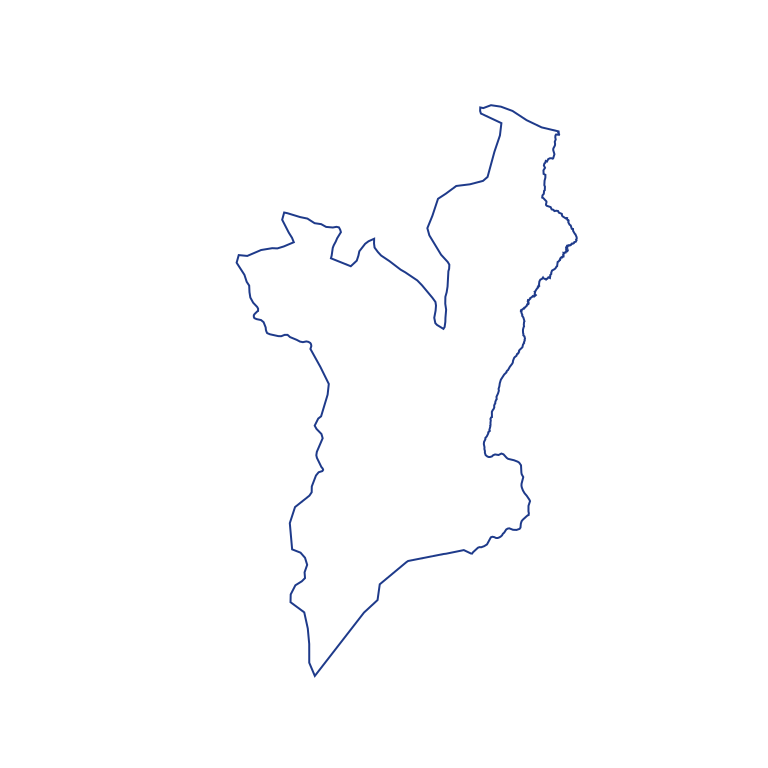 Baboua, Nana-Mambéré, Central African Republic, rotated 197°
{"feature_id": "33826404B17315710707848", "entity_name": "Baboua", "entity_type": "district", "adm_level": 2, "iso_a3": "CAF", "parent_name": "Central African Republic", "parent_adm1": "Nana-Mambéré", "projection": "natural_earth1", "projection_center": [14.687, 5.816], "detail": "fine", "context": "isolated", "style": "outline", "palette": "blue", "viewbox_px": 768, "rotation_deg": 197, "n_neighbors": 0, "source": "geoboundaries", "source_scale": "gbopen_adm2", "svg_char_len": 6164}
<svg xmlns="http://www.w3.org/2000/svg" viewBox="0 0 768 768"><g transform="rotate(197 384 384)"><path d="M372.8,676.6L371.9,673.2L370.4,671.0L348.0,667.8L345.8,655.6L346.3,638.5L345.5,612.3L348.7,607.2L360.2,600.1L372.8,594.5L380.5,584.1L386.5,576.9L386.9,559.0L388.1,545.7L384.1,539.4L367.2,524.3L358.7,519.3L356.4,517.2L355.4,513.2L355.4,510.7L351.7,495.7L350.9,490.0L350.8,485.3L348.9,478.7L346.3,473.2L344.6,465.3L343.5,461.3L342.7,456.2L343.3,454.1L350.6,456.0L352.7,457.2L355.3,462.0L356.1,469.2L357.2,474.2L358.8,477.5L362.9,480.6L376.5,489.5L382.5,492.8L396.3,497.0L401.5,498.2L414.7,503.1L424.3,506.0L428.4,508.4L432.9,511.7L434.6,515.4L435.9,520.0L440.5,516.0L443.0,512.6L446.4,503.7L446.0,499.4L446.1,494.0L450.2,486.9L471.5,488.7L471.6,491.5L472.8,499.2L472.6,502.0L471.8,506.0L471.4,509.7L469.6,516.6L471.0,518.7L472.9,520.6L475.4,520.4L478.7,518.7L485.3,517.3L490.8,518.5L497.4,517.5L505.6,519.8L513.1,519.1L526.2,519.1L529.6,518.8L529.4,511.3L519.3,500.9L514.7,496.9L511.7,493.2L520.1,486.2L525.6,482.5L530.6,481.2L540.7,476.2L552.2,466.5L560.6,464.8L560.4,456.9L549.4,447.6L545.2,441.6L541.7,438.7L539.5,432.5L537.1,427.6L532.9,423.5L527.8,420.6L526.4,419.2L525.8,417.0L526.4,416.4L528.2,413.1L528.6,411.7L528.1,410.1L527.2,409.1L524.8,408.8L520.3,409.2L517.2,407.9L513.7,403.5L512.8,401.3L511.8,399.8L510.6,398.5L507.6,398.2L498.9,398.9L496.2,399.7L493.3,402.0L490.6,402.8L487.6,401.4L480.4,400.7L476.7,400.0L473.8,400.3L470.7,402.0L468.6,402.2L466.5,401.7L465.4,400.7L464.6,399.1L464.6,396.0L449.8,381.7L436.8,367.9L434.8,357.3L434.7,334.7L436.8,331.7L438.1,323.9L435.4,321.3L429.2,317.9L426.8,314.2L428.4,299.5L427.9,296.1L426.6,293.8L419.7,286.4L417.9,285.2L417.1,284.1L417.5,282.7L420.7,280.5L422.3,276.6L423.1,264.9L421.5,259.3L422.7,255.4L433.1,240.3L433.4,223.4L423.5,199.0L414.5,198.3L408.7,194.7L404.6,188.6L404.9,180.7L402.8,175.3L404.9,171.3L409.9,165.6L411.7,155.5L409.6,148.0L393.5,142.3L385.4,127.9L379.5,113.5L374.0,95.6L364.8,84.6L336.3,159.6L327.0,175.5L329.5,191.2L310.5,220.2L309.2,221.8L277.2,238.9L275.1,239.8L259.1,248.5L250.4,247.2L250.4,246.9L249.7,249.1L246.3,254.9L245.0,255.9L243.3,256.3L240.8,258.2L238.6,260.7L237.0,268.6L235.7,269.6L233.8,269.8L231.9,269.5L230.2,270.0L228.9,271.0L227.8,272.2L226.9,273.7L226.5,275.6L225.6,277.0L224.6,280.6L223.4,281.9L222.0,282.6L218.0,282.3L214.6,283.2L212.0,285.1L211.5,286.6L212.3,290.4L212.3,293.0L211.6,294.8L209.1,299.0L208.2,300.4L207.4,300.9L207.7,302.8L208.6,304.4L210.2,309.7L210.1,314.7L211.2,315.9L214.9,318.9L217.6,320.6L220.0,322.8L222.0,325.4L222.8,326.9L223.3,328.8L223.6,335.7L225.9,337.9L226.7,339.4L229.2,346.3L231.7,348.3L233.4,348.8L237.4,349.1L243.4,348.7L245.0,349.2L249.2,351.7L251.4,351.8L253.7,349.6L257.2,349.1L258.8,347.8L259.6,346.3L261.3,345.2L262.6,344.8L264.0,344.9L266.0,345.7L267.4,347.7L267.9,349.4L269.0,351.2L269.4,352.9L271.0,355.8L271.4,357.9L270.9,360.8L271.3,362.0L270.4,363.9L269.9,366.9L269.9,367.9L270.2,368.3L269.1,370.1L269.8,370.8L269.9,374.5L270.3,375.1L270.1,375.9L270.8,377.8L271.3,380.6L272.0,381.6L271.8,383.3L271.1,383.9L272.7,388.9L272.4,390.8L271.9,392.0L271.7,393.8L272.3,395.5L272.3,396.3L272.3,397.0L271.9,397.8L272.3,399.3L272.2,401.4L271.8,402.3L272.7,404.7L272.2,408.3L272.2,411.2L273.0,412.8L273.0,415.5L273.5,418.6L273.5,422.3L271.8,428.3L270.3,430.9L270.5,431.6L270.1,432.8L269.5,433.5L268.7,437.2L267.3,441.0L267.1,442.2L267.4,443.9L267.2,446.9L266.9,447.8L265.6,449.7L265.5,451.6L264.8,452.1L264.5,452.7L264.7,453.1L264.2,454.3L264.6,455.0L264.4,456.0L262.4,459.6L262.6,462.4L262.0,464.2L262.4,464.7L262.1,466.7L262.5,467.2L262.4,468.5L263.6,470.6L265.0,471.3L265.3,472.6L265.9,473.4L266.7,475.6L267.0,476.7L267.1,479.3L266.9,480.0L267.6,481.4L268.2,484.3L268.0,485.0L270.2,488.4L271.8,489.6L271.9,490.5L273.4,492.3L273.8,493.9L274.4,493.7L274.6,494.5L274.3,495.1L273.7,495.3L272.7,496.9L272.2,497.0L272.2,497.9L271.3,498.5L271.2,499.3L270.3,500.6L270.4,501.9L269.3,502.5L269.3,503.6L270.0,503.7L270.1,505.1L270.7,505.2L270.8,506.4L269.9,506.5L269.5,507.8L269.1,508.2L269.3,508.9L268.1,510.2L267.4,511.6L266.1,511.4L265.8,511.9L266.0,512.6L265.2,512.7L264.8,513.4L265.7,513.8L266.3,514.5L266.3,515.7L266.9,516.3L266.4,516.9L265.8,519.4L265.1,520.7L265.3,521.1L265.3,521.6L264.8,521.8L265.0,523.0L264.3,523.2L264.9,524.7L265.4,527.5L265.0,529.5L263.6,530.8L263.1,532.3L262.7,531.9L261.2,531.5L259.9,531.8L259.5,531.4L259.1,532.2L258.6,532.4L258.0,534.1L256.3,533.9L256.6,535.4L256.5,535.8L256.9,536.7L256.2,538.2L256.6,539.2L256.5,541.6L254.5,543.7L253.8,544.9L253.4,546.7L252.9,547.2L253.6,551.5L252.8,552.3L252.4,553.5L251.9,553.9L251.9,554.7L252.2,554.9L251.9,556.5L251.3,556.7L251.1,557.3L250.5,557.3L250.4,558.2L249.6,558.4L249.7,559.1L250.5,560.2L250.2,560.9L250.7,561.9L249.7,562.0L249.6,562.6L248.7,562.9L248.7,564.5L247.7,564.4L247.3,565.2L247.3,565.6L248.5,565.5L248.6,566.1L248.8,566.2L248.9,565.8L249.3,566.2L248.4,567.7L248.6,567.9L249.5,567.9L249.5,567.4L249.8,567.8L249.7,568.2L249.3,569.5L249.0,569.6L249.2,569.9L248.0,570.7L247.8,570.3L246.4,571.1L246.1,571.9L245.8,571.9L245.4,573.2L244.5,573.3L244.3,573.8L243.6,574.2L243.5,575.3L242.2,576.1L241.9,577.7L242.5,578.2L242.2,579.3L242.7,580.7L244.8,583.2L245.3,583.3L247.9,585.7L248.6,587.5L249.8,587.3L251.8,590.2L253.1,590.6L255.0,592.5L255.2,594.2L255.6,594.6L256.2,594.3L256.7,594.7L257.3,595.5L257.4,596.2L258.1,596.1L258.5,595.5L262.4,596.6L263.0,597.2L263.7,598.7L266.9,599.0L268.1,600.3L269.8,600.1L271.6,599.2L272.9,600.1L274.7,600.0L276.4,601.9L280.4,602.0L281.2,602.4L281.6,603.1L281.8,605.6L282.2,606.2L286.1,608.4L287.2,608.5L287.6,610.7L286.8,612.6L287.4,615.5L286.9,616.3L287.8,619.8L288.8,621.0L289.9,625.4L290.0,628.4L290.8,631.2L292.8,631.6L294.0,635.0L293.2,637.8L295.0,639.7L295.1,641.8L294.5,642.6L294.5,644.6L293.2,644.4L292.7,647.1L291.3,648.4L289.5,648.9L288.6,648.8L288.2,649.2L288.2,653.6L290.4,656.9L290.8,657.9L290.9,658.8L290.3,662.0L290.4,662.8L290.6,663.7L291.5,665.5L291.3,668.1L292.3,669.9L292.7,671.8L292.4,672.9L289.5,673.5L289.5,674.0L290.8,675.3L290.5,675.7L290.9,676.6L308.3,675.5L324.8,678.0L340.9,682.7L353.3,683.4L363.2,681.9L369.7,676.9L372.8,676.6Z" fill="none" stroke="#1e3a8a" stroke-width="2"/></g></svg>